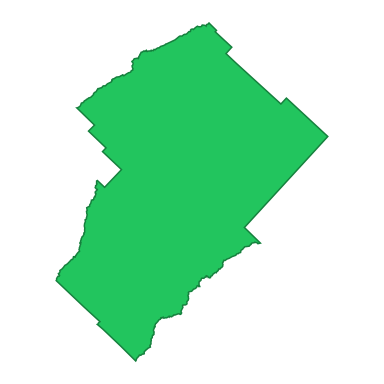 Rauch, Buenos Aires, Argentina (Mercator projection)
{"feature_id": "61730980B69505463407693", "entity_name": "Rauch", "entity_type": "district", "adm_level": 2, "iso_a3": "ARG", "parent_name": "Argentina", "parent_adm1": "Buenos Aires", "projection": "mercator", "projection_center": [-59.036, -36.602], "detail": "fine", "context": "isolated", "style": "filled", "palette": "green", "viewbox_px": 384, "rotation_deg": 0, "n_neighbors": 0, "source": "geoboundaries", "source_scale": "gbopen_adm2", "svg_char_len": 5821}
<svg xmlns="http://www.w3.org/2000/svg" viewBox="0 0 384 384"><path d="M327.8,136.5L286.4,98.1L280.9,104.0L235.6,62.7L226.0,53.6L231.8,47.2L215.2,31.8L216.5,30.4L209.0,23.0L208.2,24.0L206.8,24.5L206.1,26.1L205.6,25.5L202.6,25.0L201.9,25.3L201.8,26.1L201.4,26.5L199.8,26.8L198.1,26.6L197.4,26.2L195.0,27.9L194.6,28.5L194.1,28.7L193.5,29.5L192.4,29.0L191.2,29.3L190.6,30.0L190.7,30.4L190.4,31.5L189.8,31.6L189.2,31.5L188.8,31.7L186.6,34.0L185.2,34.4L184.7,34.3L183.7,34.7L182.0,36.1L180.7,36.0L179.5,36.2L175.0,39.9L166.1,44.1L165.6,44.1L165.2,44.7L163.4,45.6L160.7,46.4L159.9,47.0L159.5,47.7L157.6,48.0L156.1,48.9L155.4,49.7L154.0,49.4L153.4,50.6L151.2,50.3L151.0,51.1L150.4,50.9L148.1,51.1L147.1,51.6L146.9,51.5L146.8,50.9L146.3,50.3L145.7,51.1L145.3,51.0L144.8,51.4L144.0,50.9L143.0,51.5L142.3,52.1L141.2,52.2L140.2,54.2L139.9,54.4L139.7,55.5L138.9,56.4L138.4,58.6L138.1,58.6L137.2,58.1L137.0,58.3L134.5,58.7L133.8,59.2L133.6,59.9L133.0,60.6L131.9,61.4L131.9,61.7L132.8,62.6L133.1,63.3L133.1,63.8L132.6,65.4L132.1,65.7L132.1,66.2L132.5,67.9L133.0,68.6L132.9,68.8L132.9,69.2L132.5,69.7L132.6,70.2L131.2,70.8L130.8,71.9L129.8,72.5L128.6,72.7L126.2,74.1L124.0,75.7L123.5,75.7L122.9,74.8L122.6,74.8L122.4,74.9L122.1,75.4L120.9,75.7L120.5,76.2L120.0,76.3L119.6,76.7L116.3,77.1L115.8,77.6L114.3,78.4L113.9,78.9L113.1,78.8L112.1,79.5L111.8,79.9L111.8,80.3L112.2,80.6L112.1,80.8L111.5,81.3L111.1,82.1L108.0,83.5L106.6,84.5L105.6,85.8L103.3,85.9L102.4,86.6L102.1,87.4L101.8,87.6L100.9,88.0L100.3,87.9L98.7,88.8L98.4,88.5L97.9,88.6L96.0,91.8L95.0,92.2L94.1,92.9L93.5,93.8L93.6,94.2L93.3,94.8L91.1,97.0L90.0,97.6L88.5,98.0L87.9,98.7L86.4,99.4L86.1,99.9L84.3,100.9L83.9,101.9L83.3,102.2L83.0,102.7L81.5,103.0L81.2,103.3L81.1,104.0L80.6,105.2L79.9,106.4L77.5,107.8L76.8,107.9L94.5,125.1L88.5,131.1L106.0,147.9L102.5,151.6L121.5,169.6L104.6,187.3L97.4,180.5L96.6,181.0L96.6,182.7L96.5,183.2L97.0,183.9L96.1,185.4L95.6,185.7L95.6,186.5L95.2,187.4L95.2,187.7L95.7,188.0L96.0,188.7L96.7,189.2L97.4,189.4L97.4,189.7L96.2,190.8L95.6,191.8L95.2,192.0L95.3,193.2L95.9,193.5L95.7,194.7L95.2,195.6L95.2,196.7L94.7,196.6L94.3,197.0L93.8,198.3L93.7,199.5L92.9,200.0L92.4,199.8L92.0,200.1L91.4,200.2L91.4,201.1L91.1,201.7L90.8,203.2L89.7,204.9L89.6,206.4L89.0,206.5L86.7,207.7L87.2,210.6L86.5,211.2L86.5,211.8L86.7,212.7L86.8,213.9L87.2,214.3L87.2,214.6L86.9,216.0L86.8,216.8L86.4,217.8L86.5,218.7L86.2,219.3L85.5,219.5L85.1,219.8L85.4,221.6L84.6,223.6L84.3,225.9L84.5,227.1L84.8,227.8L84.6,229.8L84.7,232.1L84.3,232.8L84.0,232.8L83.8,233.4L84.1,234.2L83.7,234.7L83.0,236.1L82.0,236.9L82.0,237.5L81.7,237.8L81.2,238.9L81.3,239.7L81.0,239.8L80.5,241.4L81.0,242.7L80.9,242.9L80.0,242.8L79.8,243.0L79.9,243.3L80.4,243.7L80.6,244.5L80.2,245.1L79.9,246.6L79.4,247.6L79.4,248.5L79.0,249.6L79.6,251.2L79.4,251.5L78.7,251.8L77.5,253.1L77.3,253.6L76.6,254.2L76.3,255.1L75.9,255.3L75.1,257.2L74.5,257.1L74.2,256.6L73.5,256.7L73.0,258.7L72.8,259.1L72.4,259.5L71.8,259.4L70.5,260.4L69.8,261.5L68.4,262.7L68.0,263.4L65.9,264.9L65.2,265.1L64.4,266.0L63.6,267.2L62.0,269.0L59.9,270.5L60.1,271.1L60.0,271.5L59.5,273.0L58.4,273.5L58.8,274.6L59.4,274.9L59.6,275.4L59.2,276.2L58.0,276.3L57.6,277.0L57.4,277.1L56.6,278.6L56.6,279.7L56.5,280.2L56.2,280.6L84.0,307.0L100.0,321.7L98.4,323.0L98.0,324.1L97.3,324.4L102.8,329.1L121.0,346.4L135.7,361.0L136.3,360.0L136.3,359.4L137.1,357.9L137.7,357.5L138.4,356.5L138.8,356.3L139.2,355.2L139.9,355.0L140.6,355.3L141.3,355.0L142.3,354.1L144.0,354.0L144.2,353.6L144.3,353.2L144.1,352.1L144.6,351.3L145.8,350.4L146.0,349.8L146.9,349.3L148.2,348.1L150.3,347.1L150.1,346.7L150.3,346.2L149.9,345.7L149.9,345.3L150.7,344.5L151.0,343.7L150.9,341.4L151.3,340.9L151.1,338.9L152.3,337.6L152.3,336.2L152.6,335.3L153.3,335.1L153.4,334.7L153.9,334.5L154.0,333.7L153.8,333.0L154.1,332.2L153.9,332.0L154.0,331.8L153.5,330.8L153.5,329.9L154.3,327.9L154.3,327.0L155.1,326.9L155.2,326.6L154.8,325.9L155.7,323.5L156.3,323.2L157.3,322.0L157.9,321.5L157.9,321.2L159.1,319.7L160.3,319.3L160.5,318.9L160.7,317.9L161.4,317.6L161.7,317.6L161.9,318.0L163.1,317.2L163.3,317.9L163.9,318.2L165.5,317.7L166.1,317.9L167.4,317.5L168.7,316.7L169.0,316.7L169.2,316.9L169.3,316.3L169.6,316.5L170.6,316.5L171.1,316.8L171.7,316.8L172.3,316.1L173.2,315.8L173.5,315.1L173.8,314.9L174.1,314.8L174.5,315.1L175.1,315.0L177.9,313.9L178.4,313.9L179.1,313.7L180.1,314.4L180.8,314.3L181.1,313.6L181.6,313.0L181.2,312.7L181.1,310.9L182.9,307.4L182.5,305.9L182.7,305.2L184.2,304.9L185.0,305.0L186.1,304.6L186.8,304.1L187.0,303.8L186.8,301.7L188.1,300.3L188.3,299.8L188.6,298.5L188.3,297.2L188.4,296.5L187.9,295.7L188.3,294.6L188.7,294.2L188.8,293.8L188.3,292.8L188.7,292.0L190.2,291.5L191.7,291.3L192.3,290.5L192.9,290.0L193.5,289.1L194.7,288.9L196.3,287.7L196.9,286.8L196.9,286.2L197.3,285.8L198.3,285.9L198.6,285.6L199.0,285.9L198.9,286.5L199.8,286.5L199.8,286.3L199.3,285.7L199.0,284.4L199.1,281.9L199.4,281.3L199.9,281.2L200.9,280.4L201.3,278.8L201.8,278.2L203.9,278.3L205.0,277.1L205.9,277.1L206.2,276.9L206.3,276.4L206.1,276.0L206.4,275.8L206.6,276.0L207.7,276.3L208.2,277.5L208.8,277.4L209.7,277.9L210.5,277.6L210.6,276.4L212.1,275.7L213.3,273.8L213.9,273.6L214.6,272.8L215.3,272.5L216.2,272.8L216.8,271.7L217.6,271.2L217.6,270.9L218.0,270.7L218.4,270.1L218.6,269.1L218.9,268.9L219.9,269.1L220.2,268.9L220.7,268.0L221.7,267.5L222.7,266.3L222.7,265.5L223.0,264.8L222.7,264.0L222.6,262.7L223.2,262.1L223.3,261.4L223.8,260.8L223.9,260.3L225.0,260.5L227.1,259.0L229.0,258.4L232.1,256.6L235.8,255.3L236.5,254.1L237.3,253.7L238.2,253.7L238.7,253.1L240.6,252.5L240.9,250.5L241.5,249.9L242.6,249.4L243.2,248.4L244.2,247.5L244.6,246.8L249.2,246.2L249.9,245.3L250.9,244.5L251.2,244.2L251.1,243.9L252.1,243.0L254.3,242.7L254.9,242.1L255.3,242.4L256.0,242.6L256.8,242.6L257.9,243.7L260.4,243.1L244.4,227.5L327.8,136.5Z" fill="#22c55e" stroke="#15803d" stroke-width="1.5"/></svg>